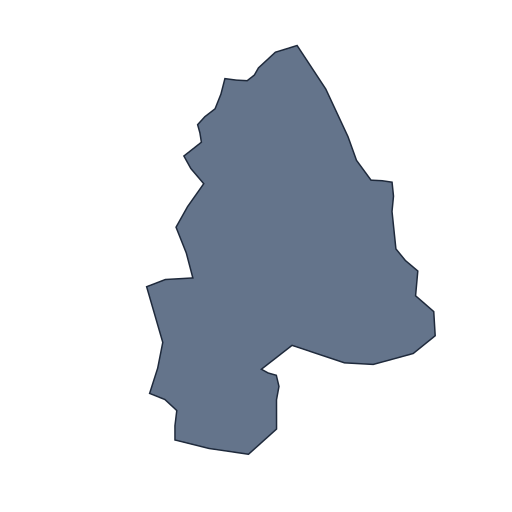 an SVG outline of Floreşti, rotated 65°
{"feature_id": "MDA-1635", "entity_name": "Floreşti", "entity_type": "District", "adm_level": 1, "iso_a3": "MDA", "parent_name": "Moldova", "parent_adm1": "", "projection": "robinson", "projection_center": [28.303, 47.851], "detail": "fine", "context": "isolated", "style": "filled", "palette": "slate", "viewbox_px": 512, "rotation_deg": 65, "n_neighbors": 0, "source": "natural_earth", "source_scale": "10m", "svg_char_len": 834}
<svg xmlns="http://www.w3.org/2000/svg" viewBox="0 0 512 512"><g transform="rotate(65 256 256)"><path d="M390.2,221.0L352.2,261.1L360.9,299.0L367.1,294.5L372.7,288.0L383.9,290.3L395.0,298.2L421.5,310.5L432.5,346.6L410.6,379.9L388.5,407.2L375.6,401.2L362.6,393.1L347.6,399.2L335.6,410.5L316.1,392.5L294.9,377.0L237.6,368.1L239.0,348.1L249.2,322.5L223.8,317.9L196.1,316.3L182.3,297.1L168.4,272.8L149.2,278.1L134.9,279.1L129.8,257.4L120.7,254.8L112.3,253.4L108.1,243.4L105.3,230.9L94.5,219.4L82.1,209.2L88.4,199.3L93.4,189.9L91.3,181.0L86.5,174.2L79.5,152.3L82.6,129.8L134.2,122.2L186.8,122.2L211.8,124.5L235.9,119.7L241.0,110.0L246.6,101.5L259.9,106.1L273.1,113.9L308.7,126.2L323.3,122.5L338.0,115.7L359.5,128.2L381.5,118.4L404.0,127.3L410.8,154.7L403.8,195.6L390.2,221.0Z" fill="#64748b" stroke="#1e293b" stroke-width="1.5"/></g></svg>